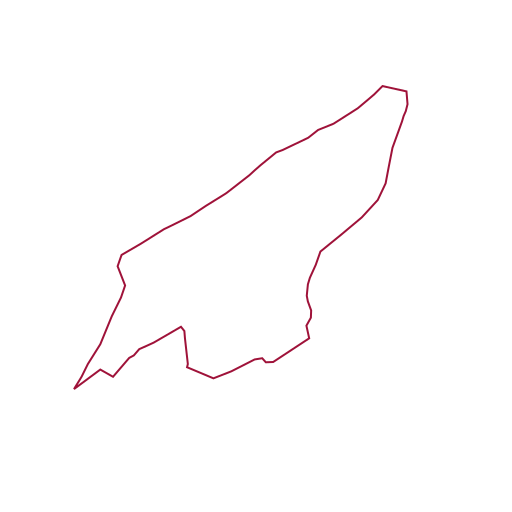 the district of Efon, Ekiti, Nigeria, rotated 45°
{"feature_id": "59680162B55690925628014", "entity_name": "Efon", "entity_type": "district", "adm_level": 2, "iso_a3": "NGA", "parent_name": "Nigeria", "parent_adm1": "Ekiti", "projection": "equal_earth", "projection_center": [4.932, 7.679], "detail": "fine", "context": "isolated", "style": "outline", "palette": "rose", "viewbox_px": 512, "rotation_deg": 45, "n_neighbors": 0, "source": "geoboundaries", "source_scale": "gbopen_adm2", "svg_char_len": 1053}
<svg xmlns="http://www.w3.org/2000/svg" viewBox="0 0 512 512"><g transform="rotate(45 256 256)"><path d="M189.5,237.3L185.2,255.6L183.3,265.0L181.5,274.1L173.4,298.1L172.0,302.0L165.9,328.7L160.2,350.3L162.1,354.3L165.4,361.1L184.3,369.4L189.4,379.8L189.9,380.8L196.6,400.5L208.3,428.5L213.5,451.3L218.0,464.6L218.8,467.8L221.4,478.8L226.2,446.4L240.3,442.5L238.4,417.7L239.9,412.7L239.3,404.4L242.3,396.6L244.9,389.6L253.0,359.1L258.4,359.7L263.8,364.3L284.2,380.6L285.9,383.4L312.4,372.6L320.1,355.0L328.2,330.1L332.7,323.9L338.1,324.2L343.1,318.8L351.8,276.6L340.9,269.6L338.4,260.8L333.5,255.5L324.7,251.4L320.0,248.2L312.7,239.3L309.5,233.3L304.5,220.0L298.4,207.3L301.2,180.0L303.5,153.9L302.5,130.3L296.3,113.0L287.1,99.5L276.0,83.0L268.8,67.6L264.1,57.6L261.4,52.6L259.5,47.7L255.8,41.5L246.0,33.2L225.3,46.4L225.3,58.0L224.7,65.8L223.5,79.6L217.3,107.6L210.8,122.9L209.3,135.5L203.3,152.5L199.9,162.2L197.0,168.5L195.0,188.6L194.5,196.3L194.2,203.5L190.7,231.6L190.4,233.4L189.5,237.3Z" fill="none" stroke="#9f1239" stroke-width="2"/></g></svg>